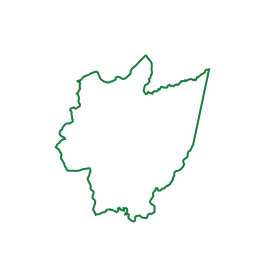 Carbonita, Minas Gerais, Brazil (orthographic projection), rotated 210°
{"feature_id": "56859067B13001741051446", "entity_name": "Carbonita", "entity_type": "district", "adm_level": 2, "iso_a3": "BRA", "parent_name": "Brazil", "parent_adm1": "Minas Gerais", "projection": "orthographic", "projection_center": [-43.039, -17.512], "detail": "fine", "context": "isolated", "style": "outline", "palette": "green", "viewbox_px": 256, "rotation_deg": 210, "n_neighbors": 0, "source": "geoboundaries", "source_scale": "gbopen_adm2", "svg_char_len": 5193}
<svg xmlns="http://www.w3.org/2000/svg" viewBox="0 0 256 256"><g transform="rotate(210 128 128)"><path d="M66.3,94.0L66.0,95.9L65.5,97.1L64.6,97.7L64.5,98.9L63.5,100.1L63.9,101.6L63.3,103.1L63.8,104.2L63.3,105.2L63.5,106.2L64.1,107.3L64.1,108.9L64.2,110.3L64.9,111.2L65.5,112.3L65.4,113.6L64.7,114.9L63.3,116.0L62.4,117.3L61.9,118.3L61.5,119.3L61.2,120.7L60.9,122.6L61.2,123.9L61.5,125.1L62.4,125.5L63.2,126.3L63.9,127.3L63.8,128.6L63.5,129.8L62.7,130.7L62.3,131.7L62.1,132.9L62.7,134.2L63.4,135.1L63.6,136.3L63.8,137.9L63.0,139.4L62.8,141.0L63.1,142.6L63.2,144.2L63.2,145.9L70.4,168.1L87.1,219.3L87.9,218.4L89.0,217.9L89.7,216.7L89.4,215.1L89.8,213.4L90.5,212.1L91.3,211.2L91.7,209.6L92.3,208.5L92.6,207.0L93.7,206.3L93.6,205.2L93.1,204.0L93.7,203.0L94.9,203.1L95.6,202.0L97.0,202.1L98.1,201.8L99.1,200.8L100.2,199.7L100.9,197.9L102.4,198.0L102.6,196.7L104.0,196.0L105.2,195.4L105.1,193.9L105.9,193.1L105.8,191.6L106.5,190.1L107.7,190.1L108.3,189.3L109.0,188.4L109.4,187.0L111.0,186.6L112.0,185.7L113.6,186.2L114.5,185.1L114.6,184.0L114.3,182.9L115.0,182.0L116.5,181.3L117.4,180.8L118.5,180.7L119.8,180.4L119.8,179.3L119.9,178.3L119.9,177.2L121.1,176.9L120.8,175.5L121.4,174.1L122.6,173.6L123.7,173.2L123.8,171.9L124.6,171.1L124.0,169.9L125.7,169.5L127.2,169.1L128.5,169.4L128.6,168.4L128.7,167.0L129.6,166.4L130.9,167.0L132.1,167.4L133.0,168.0L133.6,169.4L133.8,170.4L134.3,171.8L134.5,173.2L134.2,174.5L133.1,175.6L133.0,176.8L132.7,177.8L132.6,178.8L133.1,179.7L134.4,180.6L133.8,182.0L134.0,183.8L134.6,185.3L134.5,186.9L135.1,188.1L135.8,189.2L136.8,190.3L137.5,191.8L138.2,193.2L138.8,194.1L139.3,195.1L140.2,196.2L141.3,196.7L142.7,197.5L144.0,197.6L145.0,198.3L146.0,198.4L146.9,199.0L148.3,199.8L149.3,199.1L149.6,197.9L149.9,196.5L150.3,195.0L150.7,193.7L150.8,192.4L151.2,191.3L151.6,189.7L152.0,187.9L152.3,186.7L152.6,185.7L153.0,184.7L153.4,183.6L153.8,182.3L154.2,180.9L154.2,179.5L153.8,177.8L153.1,176.9L153.0,175.6L153.7,174.2L154.0,172.5L154.4,171.4L155.1,170.1L155.8,168.8L157.0,168.0L158.0,167.7L159.2,167.7L160.3,167.9L161.3,167.7L162.3,167.2L163.5,166.2L163.8,165.1L163.0,164.1L163.3,162.8L164.1,161.9L165.0,160.5L166.0,159.7L166.6,158.7L167.3,158.0L168.2,157.2L169.4,157.0L170.4,156.6L171.8,156.3L172.9,156.4L174.0,156.4L175.6,156.6L177.3,157.3L178.6,158.4L179.5,159.1L180.8,160.0L181.6,160.8L182.6,161.2L183.8,160.7L184.9,159.8L186.0,158.4L187.2,157.2L187.9,156.0L188.3,155.0L189.1,153.9L190.2,152.4L191.3,151.4L191.9,150.2L192.4,148.9L192.5,146.9L193.2,145.3L194.3,144.5L195.1,143.4L193.8,143.0L192.5,143.4L191.6,142.6L191.4,141.0L190.6,140.1L190.1,139.0L188.9,137.8L189.3,136.5L189.4,135.3L188.8,134.4L189.1,133.3L189.5,132.1L187.9,131.8L186.8,130.8L185.5,129.5L184.9,128.3L184.7,127.3L184.2,126.3L183.4,125.5L182.4,124.9L181.4,124.4L180.9,123.4L180.9,122.2L181.7,121.0L182.5,119.5L183.1,118.5L184.2,118.4L185.4,118.7L185.9,117.9L186.6,117.0L187.5,115.9L186.9,114.5L185.4,114.0L184.5,113.3L184.1,112.2L183.3,110.9L182.3,110.1L181.5,108.7L180.0,107.5L179.2,106.2L179.7,104.8L180.3,103.8L181.1,102.5L182.7,101.7L183.7,100.7L184.3,99.2L184.6,97.5L184.8,96.3L184.8,95.1L184.3,93.8L185.0,92.4L185.4,91.1L184.9,90.0L184.3,88.9L183.2,88.1L182.1,87.7L180.9,87.6L179.6,87.8L177.8,87.8L177.0,87.0L178.0,86.4L178.9,85.2L179.6,83.6L180.0,82.3L179.8,81.1L180.5,80.1L181.0,78.2L180.9,76.6L181.0,75.3L179.8,74.8L178.4,75.0L176.8,74.7L175.7,73.8L174.6,73.3L173.6,72.8L172.5,72.0L171.9,70.5L171.3,69.0L170.2,67.5L169.0,67.3L167.9,66.6L166.9,66.0L165.9,65.6L164.7,64.3L163.6,63.4L162.5,62.8L161.4,62.3L160.6,61.4L159.1,60.8L157.9,61.4L156.6,62.2L155.3,62.9L154.5,63.4L153.5,63.9L151.9,64.5L151.1,65.5L150.1,65.9L149.0,66.6L148.2,67.7L147.4,68.9L146.5,69.6L145.6,70.5L144.7,71.1L143.8,71.8L143.0,72.6L142.2,73.3L141.0,74.0L140.0,73.4L139.4,72.3L138.7,71.1L138.5,69.5L138.1,68.3L137.8,67.2L137.8,66.2L137.8,64.7L137.2,63.4L136.1,62.7L134.9,61.5L133.5,61.0L132.6,60.2L131.6,59.5L130.9,58.6L130.5,57.2L129.7,56.3L128.2,56.0L127.1,55.9L126.1,55.8L125.4,54.8L125.1,53.7L124.9,52.2L124.3,50.5L123.3,49.4L122.4,49.2L121.0,49.0L119.9,48.4L119.4,47.3L118.9,46.3L118.5,45.1L118.3,43.6L118.0,41.9L117.7,40.6L117.0,39.4L115.8,38.9L114.6,38.2L113.6,37.6L112.5,36.7L111.6,37.8L110.4,38.6L109.2,39.9L108.5,41.3L107.6,42.5L105.9,43.6L105.5,45.1L105.6,46.3L105.0,47.1L103.9,47.7L102.8,48.7L101.6,48.6L100.3,49.1L98.8,49.4L97.3,49.4L95.8,49.4L95.2,50.9L95.3,52.0L96.3,53.1L96.2,54.2L95.0,54.5L94.1,53.8L92.8,53.7L91.4,53.9L90.2,54.4L90.7,55.6L91.7,56.3L90.7,56.9L89.8,57.6L88.3,57.5L87.8,56.5L87.0,55.8L86.8,54.6L87.6,53.2L87.2,51.7L86.2,52.3L85.4,53.3L84.1,53.6L83.6,52.6L83.3,51.5L82.9,50.4L81.6,50.0L80.5,49.8L79.2,49.6L77.7,49.6L76.6,49.7L75.8,50.6L76.0,52.1L76.5,53.3L77.1,54.3L77.1,55.4L76.3,56.2L75.2,57.1L74.1,58.1L73.0,57.8L71.6,57.4L70.3,57.7L69.2,58.3L68.0,58.7L66.7,59.7L67.1,61.1L67.2,62.2L67.2,63.4L66.4,64.8L64.7,65.4L63.7,67.2L63.0,68.4L63.6,69.7L64.5,70.9L65.2,72.4L66.1,73.5L67.1,73.8L68.5,73.8L69.9,73.8L71.4,74.4L72.3,75.7L72.4,76.9L72.2,78.0L72.1,79.1L72.1,80.5L72.1,81.8L72.8,82.8L73.6,83.9L73.8,85.0L73.6,86.1L73.3,87.3L73.4,88.7L73.6,90.1L72.3,90.3L71.2,89.3L70.2,89.0L69.3,89.6L68.6,90.4L68.3,91.7L67.5,93.1L66.3,94.0Z" fill="none" stroke="#15803d" stroke-width="2"/></g></svg>